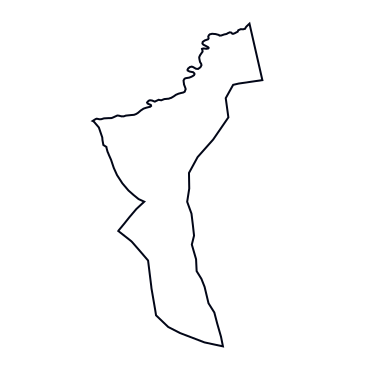 Haraze-Al-Biar, Hadjer-Lamis, Chad (Robinson projection), rotated 81°
{"feature_id": "50815135B49730685193773", "entity_name": "Haraze-Al-Biar", "entity_type": "district", "adm_level": 2, "iso_a3": "TCD", "parent_name": "Chad", "parent_adm1": "Hadjer-Lamis", "projection": "robinson", "projection_center": [14.887, 12.589], "detail": "fine", "context": "isolated", "style": "outline", "palette": "ink", "viewbox_px": 384, "rotation_deg": 81, "n_neighbors": 0, "source": "geoboundaries", "source_scale": "gbopen_adm2", "svg_char_len": 3291}
<svg xmlns="http://www.w3.org/2000/svg" viewBox="0 0 384 384"><g transform="rotate(81 192 192)"><path d="M308.2,246.8L321.6,236.6L329.5,225.8L342.5,203.2L349.3,185.6L339.5,186.0L325.7,187.7L314.5,188.8L304.5,193.1L287.7,194.4L279.2,196.3L270.9,199.8L259.0,198.5L243.9,200.4L235.4,196.8L224.5,196.3L213.3,195.9L200.9,198.3L188.2,194.2L172.7,192.0L158.4,181.0L143.5,162.9L124.0,144.4L104.6,144.0L92.6,134.6L92.2,128.9L92.5,105.0L34.7,108.9L35.5,110.1L36.3,111.2L36.9,112.1L37.5,112.8L37.9,113.2L39.1,114.1L39.2,115.3L39.3,116.1L39.1,117.0L39.0,117.5L38.8,118.4L39.5,121.0L40.8,121.8L40.9,122.2L41.2,122.9L41.3,123.4L41.8,124.7L42.1,126.0L42.2,126.8L41.9,127.5L41.1,128.0L40.7,128.3L40.6,128.6L40.4,129.2L40.2,129.7L40.4,130.4L40.7,131.6L41.2,132.9L41.3,133.1L41.4,134.5L41.4,135.4L41.8,137.6L42.0,138.8L41.8,140.4L41.3,140.8L41.0,141.0L40.8,141.6L39.7,144.0L39.3,145.7L38.9,147.2L38.9,148.1L39.0,148.5L39.0,149.6L39.7,150.7L40.9,151.6L41.4,151.6L42.3,151.6L43.0,151.6L43.6,152.2L43.7,152.3L43.8,152.9L43.9,153.4L43.9,153.5L44.3,155.6L44.8,156.7L45.4,157.9L46.9,158.5L47.0,158.5L47.1,158.4L48.2,157.8L48.6,157.3L49.8,155.6L51.5,153.4L52.2,153.0L52.3,153.0L52.8,153.6L52.8,154.4L52.8,155.4L52.0,158.2L52.1,159.5L52.2,159.8L52.4,159.8L53.3,159.5L54.5,159.6L55.0,159.6L58.0,162.5L58.3,162.7L58.4,162.8L60.0,163.8L61.5,163.9L63.7,163.8L64.9,163.7L66.8,162.9L67.0,162.9L68.2,162.8L69.1,163.4L70.1,164.2L71.4,166.7L70.9,168.8L70.4,169.4L69.5,170.5L68.9,171.2L68.1,172.6L68.2,173.2L68.2,174.4L69.2,176.1L69.3,176.3L69.4,176.5L69.7,176.7L70.5,177.3L71.3,177.3L72.6,175.6L73.2,174.0L73.5,173.1L73.9,172.1L75.0,171.3L75.3,171.1L75.6,171.1L76.0,171.1L76.6,171.5L76.9,171.7L77.2,172.3L77.7,173.4L77.8,173.7L78.2,175.0L78.5,176.4L78.5,176.5L78.6,176.8L78.6,179.3L78.6,180.0L78.7,180.8L78.7,181.0L79.3,182.0L79.5,182.1L80.5,182.9L82.2,183.0L83.7,183.0L84.3,183.1L85.8,182.8L86.7,182.6L88.3,182.3L88.8,182.2L89.1,182.2L89.5,182.2L90.7,182.9L91.8,183.5L92.2,184.6L92.3,184.8L92.4,185.5L92.5,187.2L92.8,190.0L93.5,192.7L94.2,194.1L94.6,194.9L95.0,195.9L95.5,197.2L95.7,197.5L95.9,199.0L96.2,200.4L96.1,201.6L95.9,204.8L96.2,206.2L96.6,208.0L96.1,209.5L95.7,210.5L96.7,214.0L96.8,214.1L96.9,214.6L96.4,215.5L95.3,217.3L95.2,217.8L94.8,219.2L95.0,220.0L95.1,220.6L95.7,221.3L96.2,222.0L96.6,222.4L97.7,222.0L98.8,220.3L99.5,219.1L100.0,219.0L100.4,218.9L100.6,218.9L100.8,219.2L101.3,220.1L101.3,220.7L101.6,224.0L102.1,226.9L102.6,227.9L103.4,229.7L105.4,233.0L106.2,234.9L106.4,235.7L106.7,237.2L106.5,239.8L106.2,245.4L106.5,247.0L106.6,247.7L106.4,248.6L106.3,249.7L106.2,249.8L105.8,250.9L105.2,252.2L104.8,253.6L104.8,253.9L106.0,258.2L106.1,258.6L106.4,260.0L106.0,262.7L105.5,267.5L105.7,268.8L105.9,270.3L105.7,272.0L104.7,274.6L104.8,275.1L104.8,275.3L104.9,275.7L105.5,277.2L106.3,279.0L106.7,278.4L107.5,277.7L113.7,273.9L124.1,272.1L126.6,272.3L131.7,272.2L134.1,269.5L135.5,269.5L136.4,269.4L137.4,269.3L139.1,269.1L140.5,268.7L142.3,268.3L146.8,267.1L147.6,266.9L155.9,265.5L163.6,263.4L172.6,259.4L180.6,254.5L185.8,250.2L190.6,245.9L194.1,240.7L200.0,249.5L207.2,257.9L212.7,263.9L218.5,270.5L219.0,270.9L229.2,261.4L231.2,259.6L232.2,258.9L242.9,252.2L248.1,249.0L252.8,246.1L279.0,247.0L280.7,247.1L295.6,246.9L302.8,246.8L308.2,246.8Z" fill="none" stroke="#020617" stroke-width="2"/></g></svg>